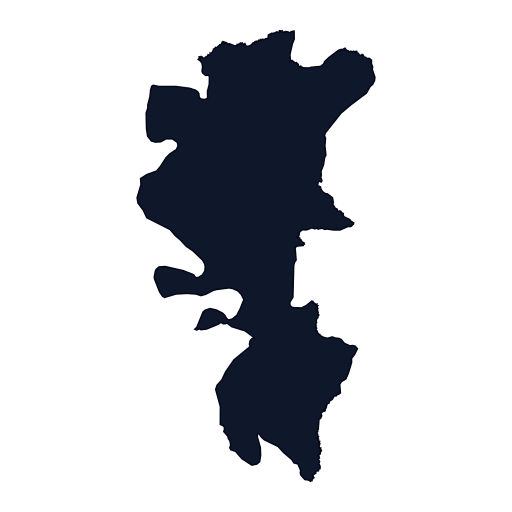 Zabzugu, Northern, Ghana (Mercator projection)
{"feature_id": "2480657B72410528378772", "entity_name": "Zabzugu", "entity_type": "district", "adm_level": 2, "iso_a3": "GHA", "parent_name": "Ghana", "parent_adm1": "Northern", "projection": "mercator", "projection_center": [0.33, 9.091], "detail": "fine", "context": "isolated", "style": "filled", "palette": "ink", "viewbox_px": 512, "rotation_deg": 0, "n_neighbors": 0, "source": "geoboundaries", "source_scale": "gbopen_adm2", "svg_char_len": 5966}
<svg xmlns="http://www.w3.org/2000/svg" viewBox="0 0 512 512"><path d="M194.8,329.2L196.6,330.0L199.6,328.8L200.9,329.7L206.6,329.0L218.5,324.1L220.9,322.3L223.3,323.8L225.4,323.7L226.8,322.9L231.8,326.7L245.2,330.9L254.4,337.8L251.7,338.9L250.2,340.6L249.4,344.1L250.1,346.6L233.9,359.9L225.7,371.8L221.8,380.0L217.1,385.2L215.7,389.4L220.4,406.7L220.3,424.4L223.3,425.8L224.3,427.1L224.5,429.2L223.8,431.6L227.9,436.3L228.4,438.6L230.0,441.0L230.7,445.1L229.8,447.8L230.9,449.8L235.5,451.3L242.1,458.8L251.8,465.1L256.8,464.1L259.6,461.7L260.6,455.5L260.3,447.5L257.3,437.0L257.5,434.2L257.9,433.6L259.1,433.8L261.1,436.8L264.2,439.7L278.1,446.5L283.7,452.6L291.7,459.4L293.9,462.9L297.9,463.9L300.7,470.5L300.3,472.9L300.9,475.1L304.8,479.5L308.4,480.0L310.6,481.3L311.5,480.4L312.0,480.6L312.4,479.0L313.9,477.7L312.6,475.4L315.9,473.0L315.6,471.2L318.5,470.8L318.5,469.1L320.0,468.7L320.1,466.3L318.8,463.4L319.6,461.5L318.2,459.3L319.4,458.0L318.7,456.9L319.1,456.3L318.1,455.5L320.2,453.9L320.4,451.5L321.3,451.0L321.4,450.2L320.0,449.0L320.7,448.1L318.8,447.3L319.3,445.9L319.0,445.1L319.9,443.9L319.0,443.4L319.6,441.6L318.8,441.7L318.7,439.9L317.1,438.6L318.3,438.1L317.8,437.4L318.4,436.5L317.8,436.4L317.5,434.0L316.3,432.9L317.1,432.6L317.0,431.6L317.7,431.5L317.4,430.6L318.2,429.5L319.0,419.1L320.5,418.4L321.4,416.6L321.0,416.1L321.7,415.7L320.9,413.1L323.2,411.4L324.9,411.0L325.3,410.0L324.5,409.4L325.8,408.4L325.6,407.1L326.4,407.0L326.1,405.2L326.9,405.1L326.8,404.0L329.1,403.0L329.7,400.4L330.4,400.6L332.3,399.3L334.2,395.9L336.2,395.9L337.3,394.4L338.4,394.4L340.4,392.9L339.7,384.4L341.4,381.6L345.8,379.0L348.2,373.5L351.6,362.4L351.5,358.4L354.6,354.4L357.4,348.7L355.1,346.1L352.4,345.5L350.0,345.9L344.3,343.3L341.1,339.4L339.1,338.5L335.0,338.0L332.3,336.9L327.9,338.2L326.5,338.1L323.2,337.2L320.1,335.4L319.8,334.4L318.0,334.2L318.2,333.4L317.2,332.3L317.4,331.3L316.2,330.9L316.6,330.6L315.6,328.6L316.6,328.1L315.7,326.5L316.2,325.9L315.5,325.5L316.6,322.3L316.1,321.1L316.8,318.5L317.9,317.7L317.7,316.3L318.7,315.5L318.7,314.6L317.6,314.0L318.3,312.1L317.2,311.5L317.6,310.3L316.7,309.6L317.9,308.7L317.0,306.4L317.8,305.7L316.4,305.2L316.9,304.2L315.3,304.5L315.3,303.8L313.8,302.8L313.1,303.1L313.0,301.4L311.8,301.1L306.2,305.6L301.5,308.0L292.3,307.5L290.1,305.7L289.7,302.5L292.9,297.2L293.7,265.4L294.5,262.3L296.1,260.0L295.1,247.7L296.7,246.1L303.9,245.4L302.1,244.8L304.4,244.1L304.2,243.1L301.6,241.5L301.3,240.1L299.8,239.6L299.8,238.1L297.2,237.2L298.8,236.0L299.7,231.7L302.7,229.6L305.0,230.0L305.9,229.4L306.6,229.9L311.9,227.8L314.5,228.8L317.5,228.2L318.0,229.1L321.9,228.2L325.0,229.4L327.0,229.0L333.7,230.0L340.0,230.0L347.9,226.5L350.9,226.5L353.5,224.0L353.7,222.9L350.7,221.0L349.7,219.5L344.1,216.8L343.1,215.2L343.3,213.5L341.7,212.8L340.9,211.4L339.7,210.9L339.0,211.5L337.2,210.6L337.3,209.3L335.2,208.2L332.7,204.2L333.3,202.5L332.5,197.8L327.3,193.8L325.7,193.8L322.5,191.6L320.7,188.6L320.5,186.9L317.9,185.8L317.5,184.5L318.5,181.7L319.4,181.2L321.1,182.0L321.6,181.4L321.9,180.4L320.6,177.1L321.3,175.9L321.0,171.2L323.5,164.7L324.6,157.5L325.9,155.2L324.9,145.7L325.5,138.5L324.4,135.2L325.7,132.4L341.0,113.1L350.7,104.9L366.4,93.1L370.1,86.5L372.5,84.5L374.5,80.7L374.9,77.2L372.2,69.2L372.7,67.0L371.4,63.5L371.5,60.2L369.4,58.4L366.9,58.5L365.8,57.4L364.2,57.1L362.8,54.6L362.2,54.4L361.1,55.6L359.3,54.9L358.2,53.2L356.7,53.0L356.8,51.5L356.0,51.2L355.3,52.2L353.7,51.2L352.7,51.7L350.3,51.2L348.7,52.1L348.3,50.9L346.4,50.2L345.0,48.2L341.7,50.0L341.3,49.4L338.5,50.3L328.8,57.6L324.6,61.6L323.8,63.8L320.7,66.4L311.1,67.3L309.0,68.0L302.8,67.8L302.0,67.0L301.0,67.0L300.7,66.1L299.4,66.6L298.1,65.9L298.3,64.5L296.4,62.6L295.4,63.2L292.0,60.4L290.5,61.5L289.9,54.7L292.3,43.9L294.2,39.1L294.1,31.1L291.7,31.5L289.2,32.9L288.1,31.9L286.5,31.6L285.3,32.2L285.0,31.6L283.9,32.3L282.9,32.1L282.4,31.0L281.8,31.7L281.5,31.0L279.5,30.7L279.1,32.3L276.4,31.9L276.1,32.5L272.3,33.6L271.9,33.2L268.4,34.9L268.0,38.2L267.0,38.8L266.3,38.5L264.2,39.6L262.2,39.2L261.4,40.1L260.4,39.6L260.3,40.8L258.8,40.2L258.0,41.4L256.5,41.2L256.8,42.1L254.9,41.8L254.0,43.5L253.5,42.8L252.6,43.2L252.0,44.3L249.5,46.0L246.2,46.4L244.9,43.6L243.4,44.7L242.2,42.9L241.1,43.5L240.3,43.0L239.7,43.9L238.0,44.4L237.9,45.5L237.0,44.7L236.3,45.7L234.6,45.9L230.4,44.1L229.8,44.6L229.4,43.8L228.5,44.3L227.5,43.3L226.3,43.2L226.2,42.6L225.1,42.4L224.7,43.0L224.5,42.1L223.0,41.6L222.9,42.7L222.1,42.4L220.8,45.1L219.6,44.8L219.2,45.9L218.5,45.9L217.2,47.5L215.4,47.4L214.8,48.7L213.5,49.1L213.6,49.9L212.2,52.3L211.2,53.2L210.1,53.1L210.4,53.9L209.3,55.3L208.1,54.7L207.4,56.2L205.3,57.2L204.6,58.3L203.0,58.1L201.7,56.6L200.7,57.7L200.1,57.6L200.1,56.7L199.0,57.0L200.0,58.8L199.0,58.6L198.2,59.4L200.6,61.2L202.1,63.4L202.6,67.2L202.0,71.1L202.7,73.0L205.5,75.4L208.3,75.3L209.4,76.3L209.3,84.3L207.5,91.2L207.6,97.6L206.7,98.9L204.3,99.5L200.8,99.0L199.1,97.0L198.9,93.8L197.7,91.8L195.5,90.2L189.7,88.3L175.9,86.5L159.1,86.5L153.2,85.3L151.7,86.3L150.6,90.2L149.9,96.9L147.8,105.0L147.9,107.8L146.2,113.0L146.5,128.5L147.6,136.1L151.4,141.0L155.4,142.1L160.7,141.8L166.1,138.8L172.5,138.9L177.3,142.3L178.1,145.8L176.4,149.6L169.7,154.0L166.1,157.7L160.4,166.5L156.5,171.1L147.0,174.5L140.6,178.6L141.0,184.6L137.1,197.8L138.0,203.1L143.3,210.2L146.8,217.7L170.1,229.5L175.5,235.8L180.2,239.7L186.2,246.2L192.9,250.8L202.6,260.1L204.9,264.2L205.2,266.9L204.9,270.9L202.4,275.0L198.4,277.5L196.6,277.6L195.4,277.4L193.7,274.8L183.1,270.6L165.0,266.5L158.8,267.0L156.2,269.4L155.3,271.3L154.3,276.9L154.5,278.9L159.6,291.9L162.6,296.3L164.6,297.4L176.0,294.0L186.9,293.4L195.9,294.0L201.0,295.6L205.6,294.3L213.2,290.4L216.5,289.5L229.0,287.9L232.9,288.6L237.8,290.8L241.2,294.3L243.9,299.6L240.0,309.3L236.8,315.4L232.5,318.9L229.6,319.9L228.2,319.8L226.5,318.4L224.8,315.3L222.5,313.1L216.1,309.9L210.1,308.6L205.2,310.1L203.0,312.2L196.8,327.4L194.8,329.2Z" fill="#0f172a" stroke="#020617" stroke-width="1.5"/></svg>